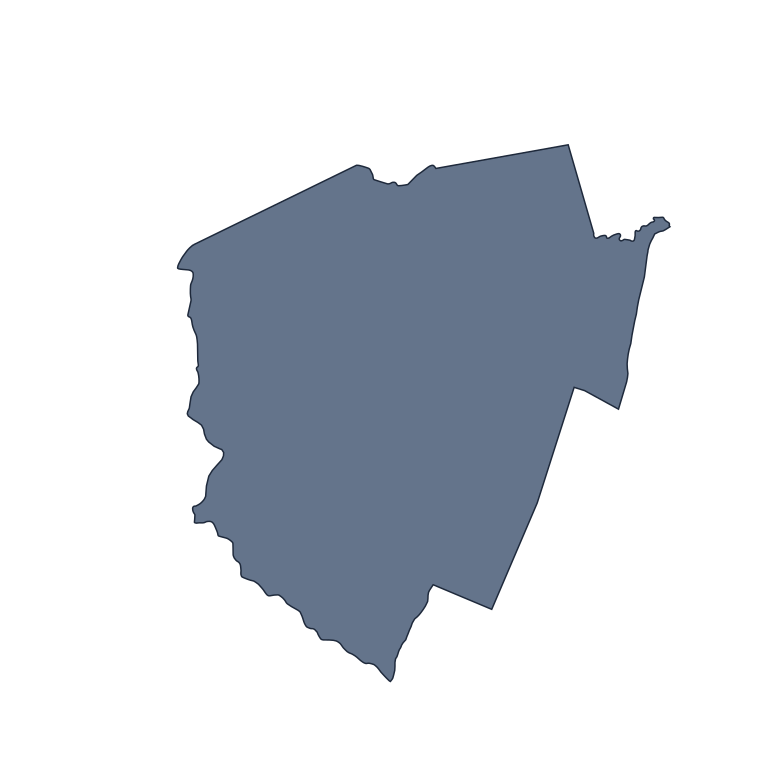 the district of Valladolid, Lempira, Honduras, rotated 197°
{"feature_id": "27666195B50240677201560", "entity_name": "Valladolid", "entity_type": "district", "adm_level": 2, "iso_a3": "HND", "parent_name": "Honduras", "parent_adm1": "Lempira", "projection": "robinson", "projection_center": [-88.707, 14.154], "detail": "fine", "context": "isolated", "style": "filled", "palette": "slate", "viewbox_px": 768, "rotation_deg": 197, "n_neighbors": 0, "source": "geoboundaries", "source_scale": "gbopen_adm2", "svg_char_len": 6171}
<svg xmlns="http://www.w3.org/2000/svg" viewBox="0 0 768 768"><g transform="rotate(197 384 384)"><path d="M607.5,460.8L609.6,457.4L610.9,454.8L611.6,453.1L613.6,447.3L614.1,445.5L614.6,443.3L615.4,439.0L615.6,437.0L615.4,435.0L615.3,434.6L615.0,434.3L614.4,434.2L614.0,434.1L612.2,434.3L609.6,434.8L604.5,435.9L603.3,436.0L602.2,436.0L600.9,435.7L599.8,435.1L599.4,434.8L599.0,434.2L598.5,433.1L597.9,431.0L597.6,428.7L597.6,426.7L597.9,423.5L597.9,422.4L597.7,421.3L596.9,418.1L595.7,414.1L594.6,411.3L593.3,408.7L592.9,407.2L591.8,392.9L591.7,392.4L591.4,391.9L591.0,391.5L590.6,391.3L589.5,391.2L588.8,391.0L588.1,390.6L587.5,390.0L586.4,388.3L584.7,384.8L583.4,382.6L581.3,379.8L578.2,376.3L577.5,375.3L576.8,374.1L575.5,371.3L574.0,367.6L568.9,351.9L568.4,350.7L567.5,348.8L567.0,347.6L566.9,346.9L567.0,346.4L567.2,345.9L567.7,345.3L567.9,344.8L567.9,344.2L567.8,343.7L567.1,342.6L565.4,340.9L564.6,339.5L563.7,337.8L562.5,335.0L561.6,332.2L561.2,330.4L561.2,329.9L562.4,325.6L564.1,320.8L564.8,315.4L563.9,309.0L563.1,303.9L563.6,300.1L563.4,298.0L561.8,296.2L556.0,294.1L550.7,292.8L546.5,291.3L543.3,288.0L541.1,283.7L537.7,279.3L534.7,277.3L532.3,276.4L528.2,274.8L522.1,274.0L520.0,273.9L517.3,271.6L516.5,268.3L516.9,264.2L519.8,258.0L522.9,251.1L524.6,244.7L524.0,234.6L521.7,224.4L522.1,221.6L522.5,220.3L523.3,218.5L524.3,216.7L525.2,215.4L526.4,214.1L527.9,212.6L528.6,212.1L529.5,211.8L530.1,211.4L530.5,210.8L530.7,210.2L530.7,209.4L530.5,208.6L529.7,206.9L528.8,205.7L528.1,205.0L527.2,204.3L526.6,203.6L526.3,202.6L525.5,199.3L525.0,196.9L524.9,196.4L524.7,196.2L524.3,196.0L523.9,196.0L522.8,196.1L519.9,197.3L517.1,198.1L515.9,198.6L515.2,199.0L514.3,199.8L513.5,200.5L512.0,201.2L510.4,201.7L509.5,201.8L508.8,201.8L507.7,201.5L506.8,201.0L505.8,200.3L505.0,199.5L503.5,197.8L500.3,193.9L499.5,192.7L498.6,191.0L498.3,190.7L498.0,190.4L497.5,190.3L495.9,190.3L490.7,190.5L488.8,190.5L487.0,190.1L485.2,189.5L483.8,188.9L482.7,188.3L482.1,187.8L481.7,186.9L480.3,182.7L478.5,177.1L478.2,176.3L477.7,175.5L476.9,174.5L476.3,173.8L474.2,172.3L473.0,171.7L471.1,171.2L470.5,170.9L469.9,170.5L469.0,169.7L468.5,169.0L468.0,168.1L467.0,165.8L466.2,163.8L465.6,161.4L465.2,160.2L464.7,159.4L464.3,158.8L463.8,158.3L463.3,158.0L462.7,157.9L461.3,157.7L457.6,157.4L454.4,157.3L451.0,157.5L449.0,157.0L447.2,156.4L445.5,155.8L441.2,153.2L439.1,151.8L436.9,150.0L435.4,148.9L434.3,148.2L433.0,147.8L432.2,147.8L431.2,148.1L427.4,150.0L423.9,151.3L422.8,151.4L420.8,150.8L418.5,149.9L417.1,149.1L415.5,148.1L413.5,146.3L412.7,145.8L411.8,145.4L407.4,144.1L400.1,142.5L399.0,142.1L398.0,141.7L397.3,141.2L394.5,138.0L393.1,136.1L391.2,133.3L390.0,131.8L388.9,130.7L387.8,129.7L386.5,129.0L384.7,128.8L383.5,128.7L382.5,128.7L380.5,129.2L379.9,129.2L379.1,129.1L378.2,128.8L376.2,127.6L375.3,127.1L373.9,125.3L372.3,123.7L370.3,122.0L369.4,121.5L368.5,121.4L367.4,121.5L365.6,122.0L361.5,123.2L357.5,124.1L354.6,124.3L353.8,124.2L352.8,124.0L351.2,123.5L349.8,122.9L348.6,122.0L346.7,120.5L345.6,119.7L343.2,118.4L341.0,117.3L339.9,117.0L338.7,116.7L336.2,116.5L335.0,116.3L332.3,115.6L330.1,114.8L326.0,112.9L324.7,112.4L323.2,111.9L321.6,111.5L320.1,111.4L319.3,111.5L317.4,112.4L316.0,112.7L314.3,112.8L312.4,112.8L311.3,112.7L310.5,112.4L308.9,111.7L307.5,111.0L305.7,109.8L302.6,107.5L297.8,104.7L295.3,103.3L292.2,101.7L291.5,101.5L290.9,101.4L289.9,104.0L289.6,105.4L289.7,108.8L290.0,113.3L291.0,117.3L292.1,120.9L292.6,124.6L291.9,127.0L291.8,129.5L291.8,132.4L291.6,134.6L291.1,136.3L290.9,137.6L290.8,139.6L290.1,142.1L288.4,145.8L288.3,148.9L288.0,152.0L287.7,156.2L287.2,159.9L287.1,163.7L286.0,168.3L284.1,171.2L282.8,173.8L281.6,176.9L280.6,179.8L279.5,183.7L278.7,188.8L279.2,191.4L280.1,194.8L280.5,197.8L280.1,200.2L278.3,206.4L215.1,200.0L202.7,315.0L201.2,436.4L190.1,436.3L152.4,428.5L152.6,457.0L153.1,461.6L153.8,465.3L155.8,469.9L157.4,474.4L158.4,479.1L159.2,484.0L159.7,489.3L159.8,494.8L161.1,503.1L162.7,517.8L163.1,524.6L164.2,531.6L165.0,538.9L166.3,562.5L169.9,583.6L170.3,587.5L170.7,589.4L170.8,595.4L170.3,599.2L169.6,602.4L169.0,606.6L166.1,609.4L164.6,610.6L161.9,612.0L160.0,613.9L156.5,618.0L157.0,618.3L157.5,618.8L157.6,619.3L157.8,620.4L158.1,620.9L158.4,621.2L159.3,621.6L161.3,622.1L162.8,622.7L163.9,623.4L165.1,624.6L165.6,624.9L166.3,624.9L166.9,624.7L170.3,623.4L174.3,622.3L174.6,622.1L174.8,621.8L174.8,621.2L174.6,620.6L173.6,620.2L173.3,619.7L173.1,619.3L173.1,618.9L173.4,618.3L174.0,617.7L175.3,617.0L176.1,616.3L177.0,615.1L178.2,613.0L179.1,612.0L180.1,611.5L181.3,611.3L182.0,611.1L182.6,610.7L183.2,610.2L183.6,609.6L183.8,608.9L183.9,608.3L183.8,607.2L183.9,606.4L184.3,605.6L184.8,604.9L185.3,604.6L185.8,604.4L186.2,604.3L187.2,604.5L187.5,604.5L187.9,604.3L188.2,603.9L188.3,603.4L188.2,602.6L187.2,599.2L186.8,595.9L186.8,594.9L186.8,594.5L187.1,594.0L187.5,593.6L188.0,593.3L188.7,593.1L189.5,593.1L190.5,593.4L191.2,593.4L193.5,593.1L196.1,592.7L196.8,592.3L197.6,591.3L198.4,590.6L199.1,590.2L199.9,590.2L200.4,590.4L200.9,590.7L201.3,591.1L201.5,591.7L201.6,592.3L201.5,592.7L201.2,593.8L201.1,594.4L201.2,595.0L201.4,595.5L201.7,596.0L202.2,596.3L202.8,596.5L203.3,596.5L204.1,596.2L205.3,595.5L207.9,593.6L209.6,591.9L211.2,589.8L211.7,589.3L212.4,588.9L213.1,588.7L213.6,588.8L214.0,589.2L214.4,590.0L214.9,590.5L215.6,590.7L216.2,590.7L216.9,590.4L217.9,590.0L220.1,588.7L220.9,588.0L222.3,586.4L223.2,585.7L224.1,585.4L224.6,585.4L225.1,585.5L225.5,585.8L226.0,586.2L226.7,587.0L227.2,588.2L227.5,589.5L277.8,666.6L397.4,605.3L398.6,606.3L400.3,607.3L401.1,607.4L402.1,607.1L403.1,606.4L403.9,605.8L405.5,604.0L410.1,597.6L413.6,593.2L414.2,592.1L419.5,581.8L419.8,581.6L421.9,580.5L425.1,579.0L427.4,578.1L428.3,577.8L428.7,577.8L429.2,577.9L429.7,578.2L430.8,579.2L431.4,579.6L432.2,579.9L433.1,579.9L434.1,579.6L434.9,579.3L435.6,578.7L436.6,577.7L437.4,577.1L438.2,576.7L439.0,576.4L446.6,576.4L453.1,576.5L453.7,576.7L454.2,577.2L455.4,579.6L456.0,580.7L456.7,581.5L460.0,585.0L460.7,585.4L461.4,585.7L462.1,585.8L465.1,585.9L468.2,585.9L471.8,585.7L473.3,585.4L474.3,585.1L606.4,461.9L606.7,461.4L606.9,461.1L607.5,460.8Z" fill="#64748b" stroke="#1e293b" stroke-width="1.5"/></g></svg>